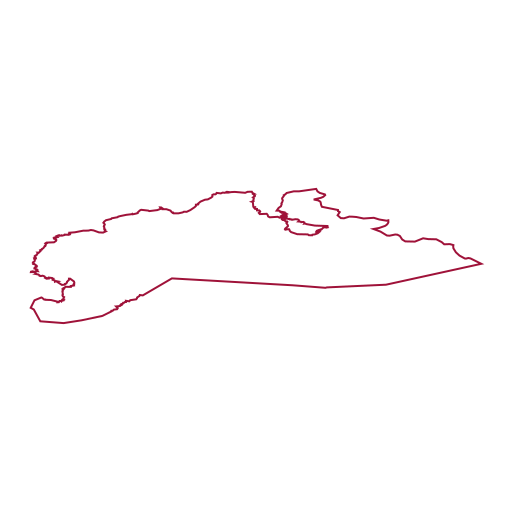 Skånland nor, Troms, Norway
{"feature_id": "86288312B73235006037434", "entity_name": "Skånland nor", "entity_type": "district", "adm_level": 2, "iso_a3": "NOR", "parent_name": "Norway", "parent_adm1": "Troms", "projection": "robinson", "projection_center": [16.957, 68.61], "detail": "fine", "context": "isolated", "style": "outline", "palette": "rose", "viewbox_px": 512, "rotation_deg": 0, "n_neighbors": 0, "source": "geoboundaries", "source_scale": "gbopen_adm2", "svg_char_len": 5952}
<svg xmlns="http://www.w3.org/2000/svg" viewBox="0 0 512 512"><path d="M33.8,309.5L40.3,321.3L63.6,323.1L81.6,320.3L102.4,315.9L111.6,311.3L111.5,310.8L112.9,310.6L113.9,309.6L117.1,309.2L117.7,308.2L116.7,307.1L117.5,307.3L117.7,306.8L116.9,306.9L116.5,306.4L120.0,306.0L120.5,305.6L120.3,305.1L120.6,304.8L121.7,305.0L122.1,304.4L121.8,303.9L122.9,303.6L123.1,302.8L124.2,302.7L124.9,302.0L126.1,302.0L126.4,301.4L126.1,301.4L126.0,300.8L129.3,301.3L130.2,300.2L136.2,299.3L137.0,298.3L137.1,297.5L139.4,296.0L139.8,295.0L142.8,295.4L171.9,278.4L292.9,285.3L325.4,287.8L326.9,287.4L386.0,284.7L481.3,263.8L470.4,258.4L468.3,258.0L466.0,258.6L464.8,258.5L459.5,255.6L455.9,252.3L453.4,248.3L453.2,246.4L453.4,245.1L449.9,244.1L444.2,244.3L441.7,242.1L436.3,239.3L428.3,239.1L423.1,238.3L414.9,241.6L405.3,241.4L402.2,239.5L399.9,236.0L397.4,234.7L395.2,234.5L389.6,235.7L386.9,235.5L380.5,231.6L373.5,229.0L379.0,228.0L385.1,225.9L386.7,224.8L387.8,223.5L388.4,222.2L388.3,220.3L386.6,220.7L379.3,219.5L373.8,217.8L363.6,218.5L356.3,217.0L352.4,216.7L349.3,216.6L344.0,218.3L340.8,218.1L337.6,215.3L339.7,212.1L338.0,211.1L338.0,210.0L321.9,206.8L321.1,204.9L320.6,202.2L320.1,201.5L318.1,200.4L313.7,199.5L321.0,197.8L323.3,196.8L325.2,195.1L324.9,194.4L319.7,192.9L318.3,191.9L317.5,191.4L316.2,188.9L299.3,191.3L293.9,191.3L286.6,193.0L285.5,194.2L284.1,195.0L284.3,195.2L283.7,195.8L283.7,196.2L282.2,198.1L282.1,198.8L282.8,200.3L282.2,202.2L281.4,203.4L281.7,204.1L280.9,206.3L278.6,207.9L276.7,210.6L279.3,210.7L280.5,211.6L282.1,211.9L280.9,212.3L281.6,212.8L285.1,212.9L286.4,213.7L283.7,214.3L281.9,215.5L282.7,215.6L284.4,214.8L287.3,215.4L286.3,215.7L286.2,215.9L286.7,216.3L286.4,216.7L284.6,217.9L285.2,219.0L287.3,218.4L288.2,219.0L289.7,218.9L289.9,219.4L291.7,219.4L292.0,219.8L295.4,219.2L297.8,219.4L298.9,220.2L298.8,220.7L299.1,221.0L298.5,221.5L300.8,221.7L301.2,222.2L303.3,221.9L304.2,222.4L304.1,222.7L304.6,223.3L304.4,223.6L305.0,223.5L306.4,224.1L314.9,225.6L327.5,226.0L327.6,226.6L326.8,226.9L327.3,227.4L326.4,227.6L324.7,227.2L323.2,227.7L321.5,229.4L320.5,229.4L320.4,230.0L318.8,230.0L316.8,230.8L316.2,231.8L317.0,232.1L317.7,231.7L317.0,232.5L317.7,232.8L318.9,231.6L319.5,231.8L317.7,233.3L314.8,234.4L312.4,234.7L312.1,235.3L308.8,235.2L307.8,234.4L297.3,234.2L291.1,232.1L289.8,230.9L289.2,229.3L288.0,229.2L285.3,229.7L284.9,229.2L285.2,228.6L287.9,226.3L287.9,225.3L286.4,223.1L287.4,221.8L287.2,221.5L285.6,221.3L284.2,220.1L282.8,220.0L281.8,219.3L281.7,218.8L283.1,218.2L283.8,216.8L284.9,216.6L284.7,216.4L282.4,216.5L279.6,217.7L277.7,216.8L269.7,217.3L268.1,216.4L267.6,214.8L266.7,213.8L259.8,214.1L258.8,212.9L260.0,211.9L260.2,211.5L259.7,210.8L259.2,210.4L257.0,210.4L257.0,209.1L256.5,209.2L256.1,208.7L255.1,208.9L254.4,208.1L254.8,207.2L253.7,207.3L253.3,206.7L252.9,202.6L252.7,202.0L251.8,201.7L253.6,201.0L253.3,200.1L253.8,198.7L253.5,198.4L253.6,197.5L253.2,197.3L254.8,196.3L254.9,195.7L254.2,195.6L254.3,194.6L252.7,193.8L252.7,193.4L253.4,193.4L252.5,192.9L251.8,191.7L247.6,191.8L245.2,192.8L234.7,191.9L231.1,192.1L228.3,192.6L227.7,192.6L228.3,192.0L226.8,191.8L224.8,192.8L222.7,192.6L220.8,193.4L216.6,192.9L216.2,193.8L215.5,194.3L213.6,194.3L212.3,195.0L212.4,196.6L211.2,197.6L207.8,199.4L205.0,199.7L200.5,201.6L197.4,204.2L197.8,204.1L198.1,204.4L197.9,204.6L195.9,204.7L195.9,206.0L194.6,207.2L190.3,210.1L186.7,211.8L184.0,211.7L182.7,212.4L178.6,213.3L173.5,213.3L172.3,212.8L173.9,212.7L171.8,212.3L170.5,210.6L166.4,209.2L162.2,209.2L161.6,208.4L162.1,208.1L161.8,207.9L161.4,208.1L161.2,208.0L161.5,207.7L161.3,207.5L160.1,207.4L160.7,208.6L160.5,208.9L157.3,210.1L149.2,211.1L148.3,210.6L141.2,209.8L139.9,210.4L137.7,212.5L137.7,213.1L136.0,213.6L132.7,214.3L132.3,213.8L131.7,214.2L126.5,214.8L120.6,216.0L118.2,216.6L117.6,217.2L111.7,218.3L111.1,219.0L106.0,220.2L104.2,221.6L103.4,222.8L104.3,223.6L104.8,224.7L104.1,225.5L103.8,226.6L104.3,227.1L104.2,228.8L104.8,229.2L104.5,229.4L105.0,230.0L104.8,230.6L105.9,231.3L103.1,232.6L99.0,232.4L93.5,230.4L90.9,230.0L88.3,230.6L83.1,230.7L74.8,232.3L69.6,232.7L69.9,233.3L69.2,233.5L69.8,234.4L68.7,234.8L64.7,234.6L64.6,235.0L61.9,235.7L61.5,235.3L59.8,235.8L59.3,235.2L58.5,235.3L56.6,236.1L57.3,236.7L56.5,237.0L56.8,237.2L54.7,237.5L54.9,238.1L53.8,238.1L53.9,238.6L56.2,239.4L56.3,240.2L55.9,240.5L55.9,241.0L54.0,242.3L46.5,242.6L45.9,243.0L46.3,243.4L45.5,243.7L45.9,244.1L45.6,245.2L45.1,245.6L45.4,245.9L45.2,246.2L44.5,246.5L43.3,248.2L41.9,249.0L41.9,249.5L40.2,250.2L40.6,250.9L38.9,252.6L37.6,252.6L38.1,253.2L37.1,254.0L36.9,254.8L35.2,255.7L35.2,256.1L34.7,256.3L34.9,257.1L35.7,257.4L35.9,258.3L34.1,258.3L34.3,259.0L35.0,259.1L34.9,260.0L34.5,261.4L32.9,262.4L32.8,262.9L33.8,263.6L33.5,264.0L34.7,264.3L36.6,265.7L36.4,266.1L36.6,266.4L35.9,266.6L36.2,267.0L35.5,267.4L35.5,267.8L34.5,268.0L34.4,268.5L35.2,268.7L35.8,269.3L37.0,269.5L37.5,269.9L37.4,270.8L37.7,271.2L36.2,271.1L34.4,271.8L32.6,271.3L31.0,271.7L30.9,272.1L34.3,272.0L35.9,273.2L36.2,273.8L35.7,274.0L38.3,274.5L39.7,275.5L38.8,275.6L40.9,276.1L42.4,275.7L43.6,276.0L44.6,276.5L45.3,277.6L46.1,277.8L45.5,278.1L46.5,278.7L48.9,278.5L48.9,277.6L52.0,278.0L52.1,278.5L52.9,278.6L52.8,279.6L53.3,279.4L53.2,279.8L54.6,280.4L54.9,281.7L56.1,281.1L58.1,281.5L57.2,281.9L61.9,284.9L64.4,284.7L65.0,284.4L65.0,283.9L66.3,283.5L67.0,282.4L67.0,281.8L69.1,279.7L69.0,278.7L70.2,278.7L74.0,281.5L74.4,283.0L73.8,283.8L74.1,284.5L73.6,284.7L73.9,285.5L70.9,286.0L71.1,286.7L71.8,286.9L65.4,286.8L64.2,288.4L63.4,288.1L63.0,288.7L63.6,289.2L63.1,289.8L62.6,289.6L62.8,291.0L62.4,291.3L62.9,294.4L62.4,295.1L62.8,296.2L64.1,297.1L63.5,298.0L63.4,299.2L63.9,299.4L63.2,300.1L62.8,299.5L62.4,299.5L62.0,300.0L62.8,300.5L61.9,300.7L61.4,301.5L60.8,301.0L59.5,301.0L58.8,302.2L57.3,302.3L57.3,301.6L50.9,300.0L45.5,299.8L45.4,299.5L44.1,299.5L41.6,297.4L42.0,297.2L34.5,300.3L30.7,307.8L33.8,309.5Z" fill="none" stroke="#9f1239" stroke-width="2"/></svg>